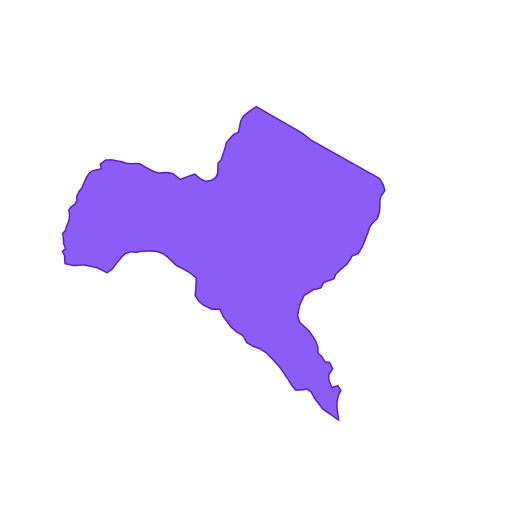 Primavera, Pará, Brazil (Equal Earth projection), rotated 136°
{"feature_id": "56859067B46461793973564", "entity_name": "Primavera", "entity_type": "district", "adm_level": 2, "iso_a3": "BRA", "parent_name": "Brazil", "parent_adm1": "Pará", "projection": "equal_earth", "projection_center": [-47.109, -0.937], "detail": "fine", "context": "isolated", "style": "filled", "palette": "violet", "viewbox_px": 512, "rotation_deg": 136, "n_neighbors": 0, "source": "geoboundaries", "source_scale": "gbopen_adm2", "svg_char_len": 2026}
<svg xmlns="http://www.w3.org/2000/svg" viewBox="0 0 512 512"><g transform="rotate(136 256 256)"><path d="M398.7,383.2L393.9,375.8L386.3,369.5L381.8,363.0L378.6,358.3L376.3,352.2L374.9,347.5L368.7,346.5L363.6,347.3L354.0,348.5L348.7,348.6L343.0,346.0L339.8,342.0L334.7,338.6L329.2,333.7L324.4,328.4L321.1,321.9L320.3,316.4L319.9,304.6L317.1,296.3L315.1,289.6L314.3,281.6L322.1,274.2L327.1,270.0L328.5,263.7L328.0,257.5L324.8,248.5L319.0,242.5L321.5,235.9L323.3,222.4L322.7,215.3L320.7,207.7L322.8,200.0L320.7,192.7L317.8,186.8L315.9,179.6L315.8,169.1L316.1,159.5L318.2,147.0L320.2,137.8L320.7,132.0L316.2,128.1L311.8,124.7L310.8,119.7L312.7,113.4L314.3,99.3L310.5,80.6L303.2,90.5L298.9,95.0L293.5,98.5L288.4,100.3L287.1,105.8L292.7,108.7L289.9,116.0L286.1,120.1L279.3,121.5L277.0,128.3L279.9,131.8L278.6,138.0L278.9,143.0L274.4,148.0L271.9,154.2L269.9,165.0L270.6,178.1L267.4,184.3L259.1,190.1L248.6,194.3L244.1,193.0L238.1,192.0L231.7,188.0L225.5,189.8L215.6,185.4L211.7,187.5L205.4,187.5L196.3,187.0L190.5,188.1L187.0,189.3L180.7,186.7L172.4,189.1L159.7,194.8L153.9,198.0L148.1,198.8L142.5,198.7L136.5,202.0L133.1,205.0L128.1,210.0L124.2,212.4L117.9,213.5L115.0,218.9L113.3,225.9L135.9,301.0L137.2,311.1L138.4,315.9L147.7,348.0L149.1,353.0L152.0,363.2L160.9,364.8L167.7,365.3L173.0,363.8L178.2,360.3L182.5,357.3L187.8,359.0L198.3,358.3L202.9,355.4L207.8,352.7L214.3,349.4L218.8,349.1L226.2,342.1L230.5,340.4L235.8,341.5L240.5,344.9L242.4,350.4L243.1,357.5L253.3,362.0L257.4,363.8L258.5,373.0L261.5,377.4L264.6,380.2L267.8,382.6L270.4,386.6L274.0,397.1L275.2,402.3L278.0,406.0L281.2,408.6L284.7,412.5L287.1,417.2L289.9,420.9L292.5,424.8L297.4,429.4L304.3,430.3L306.5,426.1L310.8,428.7L314.7,430.9L318.6,431.4L322.7,430.6L330.0,427.7L333.9,425.9L338.8,425.3L343.3,423.5L346.1,420.6L350.1,419.0L354.9,419.8L358.6,419.2L361.5,415.1L364.5,412.5L368.1,410.4L371.5,409.1L375.1,406.8L379.2,406.5L382.1,402.8L385.8,398.6L387.9,393.4L391.9,393.9L393.5,389.2L398.7,383.2Z" fill="#8b5cf6" stroke="#5b21b6" stroke-width="1.5"/></g></svg>